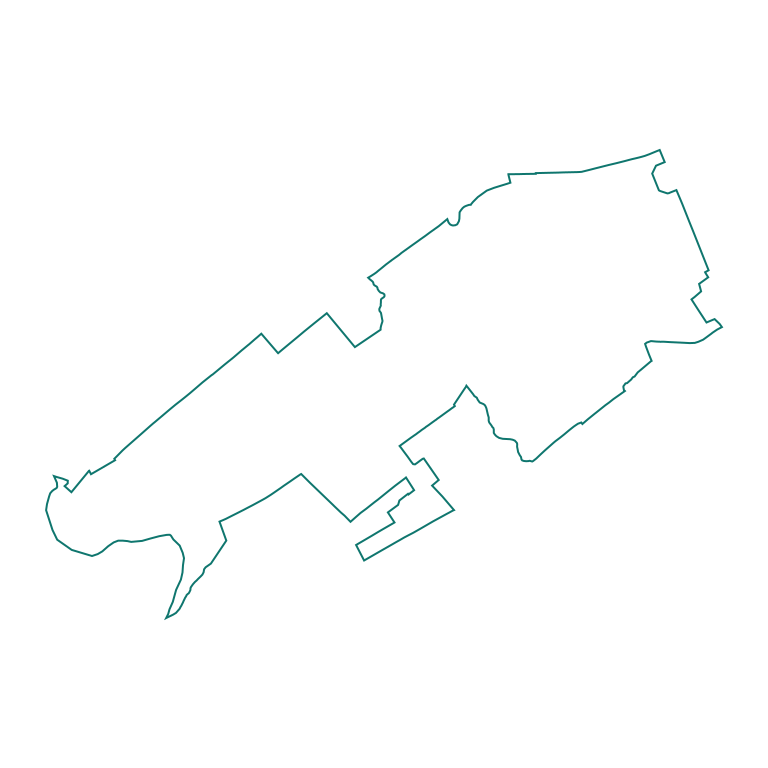 Clinceni, Ilfov, Romania (Mercator projection)
{"feature_id": "2599482B71461276901168", "entity_name": "Clinceni", "entity_type": "district", "adm_level": 2, "iso_a3": "ROU", "parent_name": "Romania", "parent_adm1": "Ilfov", "projection": "mercator", "projection_center": [25.929, 44.377], "detail": "fine", "context": "isolated", "style": "outline", "palette": "teal", "viewbox_px": 768, "rotation_deg": 0, "n_neighbors": 0, "source": "geoboundaries", "source_scale": "gbopen_adm2", "svg_char_len": 6101}
<svg xmlns="http://www.w3.org/2000/svg" viewBox="0 0 768 768"><path d="M54.0,476.1L56.9,482.7L57.2,486.8L56.6,488.0L55.4,488.8L53.7,489.8L52.1,491.1L50.2,493.3L49.1,496.5L47.0,504.1L46.1,510.2L52.5,530.0L57.2,539.7L71.7,549.9L92.0,556.0L97.7,554.1L102.3,551.4L108.2,546.2L113.7,542.4L118.1,540.7L123.1,540.7L127.5,541.1L131.2,541.9L142.1,540.9L150.5,538.5L159.2,536.2L166.6,534.9L168.3,534.8L169.8,534.8L171.0,535.7L172.1,537.5L173.4,539.5L176.1,542.1L179.7,545.6L182.7,552.8L184.0,558.2L183.0,565.1L182.5,572.5L180.9,579.6L176.1,589.9L172.8,601.9L169.5,609.3L168.2,614.0L166.2,618.0L173.2,614.6L176.0,612.9L179.6,608.8L180.5,607.0L181.4,605.6L182.0,604.3L182.9,602.6L183.7,600.7L184.5,599.1L185.0,598.0L185.4,597.3L186.0,596.5L186.6,595.1L187.7,594.0L188.7,593.3L189.2,592.5L189.8,591.3L190.4,590.0L190.5,588.2L190.9,587.2L191.5,586.3L192.9,584.3L194.9,582.0L196.6,580.5L198.1,578.9L200.6,576.5L202.4,574.6L203.6,572.3L204.1,569.3L205.6,567.3L210.9,563.6L226.3,540.6L219.5,521.6L223.3,520.0L225.1,519.2L225.6,519.0L231.5,516.0L235.9,513.8L243.8,509.8L247.2,508.0L252.6,505.2L262.4,499.9L265.6,498.1L270.5,495.0L273.6,492.9L280.7,488.0L283.9,485.7L290.2,481.4L294.2,478.6L300.4,474.4L301.2,474.0L309.9,482.7L333.1,505.0L334.2,506.1L340.9,512.5L344.6,515.7L350.5,521.8L355.8,517.1L360.6,512.9L366.3,508.7L370.3,505.5L374.6,502.1L377.8,499.7L388.8,490.8L395.2,485.7L405.8,477.7L406.0,477.5L412.2,487.2L414.1,490.2L408.5,494.5L408.0,493.8L399.4,500.5L398.1,504.9L387.9,512.4L394.5,522.5L389.5,525.4L382.9,529.2L377.6,532.3L371.6,535.9L358.1,543.8L356.1,545.0L364.1,560.5L379.9,551.4L383.4,549.4L391.8,544.6L395.8,542.3L399.9,540.0L404.2,537.5L407.6,535.7L413.4,532.7L420.6,528.6L430.6,522.8L433.2,521.3L446.0,514.3L447.1,513.7L449.0,512.7L452.8,510.6L454.0,510.1L442.4,496.5L432.1,485.6L438.7,480.0L423.8,458.5L422.7,458.8L420.2,460.6L417.0,463.0L415.7,463.9L415.2,464.3L414.2,464.3L413.1,464.1L411.2,461.7L407.6,456.6L403.7,451.4L400.9,447.6L399.6,446.0L411.4,437.4L412.3,436.8L413.7,435.8L416.2,434.1L417.6,433.0L418.3,432.5L419.3,431.8L420.2,431.1L420.9,430.6L421.2,430.3L421.9,429.8L422.7,429.3L423.2,428.9L424.0,428.4L424.7,427.9L425.4,427.4L425.9,426.9L427.3,426.0L429.3,424.6L430.1,424.0L431.0,423.3L431.4,423.1L432.5,422.2L433.3,421.7L434.5,420.8L435.2,420.3L436.3,419.6L437.2,418.8L438.2,418.1L438.4,418.0L447.5,411.4L449.2,410.2L450.0,409.6L451.2,408.7L452.0,408.1L452.8,407.6L454.8,406.1L454.0,404.6L464.4,389.0L465.8,387.0L466.4,385.7L467.3,386.8L473.2,394.3L474.3,396.0L476.8,397.7L477.7,399.7L479.7,402.5L483.3,404.0L484.6,404.9L485.5,406.2L486.4,408.3L487.9,414.8L488.7,417.4L488.7,420.8L489.2,422.4L489.8,423.3L490.6,424.3L491.6,425.7L492.3,427.0L493.3,427.9L493.8,429.5L493.8,432.9L494.8,434.5L496.4,436.2L499.1,437.9L502.7,438.8L510.1,439.2L512.6,439.7L514.8,440.6L516.8,442.8L517.2,444.0L517.1,446.8L517.7,449.7L518.1,452.0L519.7,455.1L521.0,457.0L521.5,459.5L522.2,460.4L524.0,461.0L526.2,461.2L528.3,461.1L529.7,460.8L532.2,461.5L533.0,461.1L536.2,458.6L540.8,454.2L544.8,450.5L553.5,442.8L555.4,441.2L559.8,437.9L564.2,434.4L569.2,430.2L572.2,427.8L574.0,426.4L576.2,424.9L578.0,423.7L579.1,423.3L581.3,422.5L582.4,424.0L587.7,419.4L595.1,413.4L595.4,413.2L605.4,405.2L609.0,402.6L613.4,399.1L617.1,396.5L624.9,391.0L624.6,390.7L624.0,390.5L623.4,387.2L623.4,386.3L625.5,383.4L627.1,383.1L631.2,379.5L632.8,377.3L634.6,376.5L637.7,372.4L643.8,367.3L650.9,361.3L651.6,360.9L648.9,354.3L646.0,346.6L645.1,343.9L646.7,342.6L650.9,341.1L652.5,341.2L653.3,341.3L656.8,341.6L659.8,341.7L660.2,341.8L662.9,341.7L665.0,341.8L669.7,342.1L674.1,342.3L682.4,342.7L688.2,343.0L689.4,343.1L694.8,342.9L698.3,341.8L703.1,339.7L705.6,337.9L706.7,337.1L711.3,333.7L711.7,333.4L712.4,332.8L717.1,329.6L721.9,327.1L719.7,324.0L714.6,319.1L712.4,320.0L706.5,322.5L698.0,309.5L691.5,299.4L694.6,297.0L701.1,291.4L699.1,283.9L708.2,277.3L705.5,273.0L705.1,272.2L708.6,270.3L693.2,231.4L689.2,221.5L682.2,203.8L680.1,198.8L676.4,190.1L670.3,192.5L668.8,193.2L667.9,193.3L667.4,193.4L660.1,191.0L658.9,190.3L652.2,173.6L656.0,165.7L664.7,162.1L659.7,150.0L659.2,150.2L656.9,151.1L651.8,153.2L649.4,154.2L646.7,155.2L644.8,155.9L642.0,156.7L639.0,157.5L635.3,158.4L632.2,159.1L629.1,159.9L625.0,161.0L616.7,163.1L608.7,165.0L604.3,166.1L598.4,167.6L595.6,168.3L592.9,169.0L590.2,169.7L584.2,171.2L583.3,171.4L581.8,171.8L580.8,171.9L579.4,172.0L577.2,172.1L563.5,172.4L557.8,172.6L548.8,172.8L535.8,173.1L535.8,173.8L523.4,174.0L519.8,174.1L512.3,174.2L508.4,174.2L508.4,174.6L510.4,182.7L507.1,183.8L500.9,185.7L494.1,187.8L486.8,190.6L483.6,192.9L477.9,197.0L473.1,201.8L471.1,204.2L470.8,204.8L470.1,204.8L468.9,204.9L466.3,205.8L464.3,206.7L462.6,208.1L460.8,210.4L459.6,212.3L459.4,218.7L458.9,221.2L457.2,224.3L455.4,225.2L453.0,225.5L451.4,225.1L450.0,224.3L448.5,222.4L447.3,219.1L438.8,226.1L429.7,232.6L425.0,236.1L421.0,238.9L417.7,241.3L413.9,244.0L412.2,245.2L401.6,252.8L399.1,254.9L392.2,259.8L386.1,264.4L377.4,271.5L376.4,272.4L376.2,272.5L374.4,273.8L373.0,274.7L370.5,276.3L368.2,277.7L369.4,278.9L369.8,279.3L371.1,280.3L372.7,281.7L373.2,282.6L373.7,284.5L374.6,285.4L375.3,285.8L376.8,286.7L377.4,287.7L377.7,289.2L378.9,291.0L380.4,292.5L382.0,293.0L383.1,293.4L384.3,294.3L384.5,295.1L384.5,295.9L384.4,296.4L383.8,297.2L382.9,297.8L381.5,298.8L381.0,299.5L380.9,300.7L380.9,302.4L380.7,304.5L380.8,305.7L379.4,308.7L379.3,309.6L379.5,310.9L380.2,311.8L381.0,313.0L382.0,318.5L382.5,320.9L382.3,322.0L381.7,323.7L381.1,325.7L380.8,327.1L380.6,328.1L380.6,329.7L354.9,347.1L326.8,313.2L314.2,323.3L304.1,331.5L297.8,336.8L282.1,349.8L278.1,353.2L277.8,352.9L261.3,333.7L257.2,337.3L254.7,339.4L249.1,344.3L248.2,345.0L243.0,349.3L242.0,350.1L233.4,357.5L224.7,364.5L212.4,374.7L211.9,374.9L202.5,382.4L195.2,388.7L189.8,393.3L185.9,396.5L181.9,399.7L175.5,404.7L170.3,409.0L163.8,414.5L154.8,422.1L153.2,423.4L151.7,424.7L150.3,425.9L147.6,428.3L139.0,435.9L125.2,448.0L122.6,450.4L116.9,456.2L114.3,458.8L115.1,460.2L91.0,474.2L89.2,470.7L89.0,470.8L71.4,492.2L64.6,486.1L67.7,483.4L67.8,480.7L62.7,478.7L56.4,476.9L54.0,476.1Z" fill="none" stroke="#0f766e" stroke-width="2"/></svg>